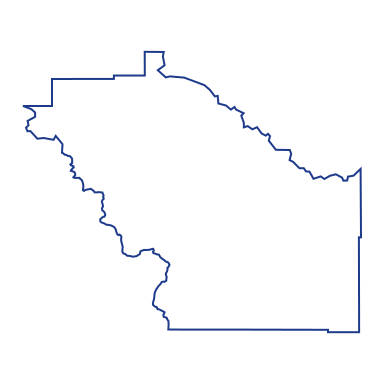 Meagher, Montana, United States of America
{"feature_id": "52423323B38602256292378", "entity_name": "Meagher", "entity_type": "district", "adm_level": 2, "iso_a3": "USA", "parent_name": "United States of America", "parent_adm1": "Montana", "projection": "natural_earth1", "projection_center": [-111.14, 46.636], "detail": "fine", "context": "isolated", "style": "outline", "palette": "blue", "viewbox_px": 384, "rotation_deg": 0, "n_neighbors": 0, "source": "geoboundaries", "source_scale": "gbopen_adm2", "svg_char_len": 2967}
<svg xmlns="http://www.w3.org/2000/svg" viewBox="0 0 384 384"><path d="M359.1,332.2L359.1,320.9L358.9,237.3L361.0,237.3L360.6,168.9L353.5,175.7L348.0,176.6L347.2,180.5L343.4,180.7L342.1,177.6L335.8,174.3L329.9,175.8L324.4,179.0L320.7,176.4L313.5,178.8L309.5,171.7L305.9,171.3L303.8,168.2L299.4,168.2L293.2,161.9L289.6,160.1L291.2,153.8L289.8,150.0L275.9,149.8L268.8,140.7L270.0,136.1L268.0,133.8L265.8,135.6L261.6,133.5L257.1,127.2L252.4,129.3L247.7,126.1L243.9,127.3L243.8,122.7L241.3,115.6L243.6,113.2L236.1,109.6L234.5,107.0L230.9,109.6L226.0,105.5L218.4,103.5L217.7,95.9L214.9,96.4L209.8,89.8L204.5,85.2L184.2,77.6L170.0,76.4L165.8,77.4L157.8,70.2L164.6,65.2L162.9,56.7L163.7,52.0L144.7,51.8L144.8,75.5L113.9,75.5L113.9,78.9L52.0,79.0L52.0,106.0L23.0,106.0L31.4,109.2L35.1,112.5L35.1,116.8L27.6,120.9L28.5,125.3L26.0,127.7L27.5,131.2L30.4,131.1L37.4,138.7L43.6,138.0L53.6,139.8L55.7,135.9L62.5,144.2L62.0,152.8L63.0,153.2L64.8,154.7L65.8,154.8L66.8,155.2L68.0,155.9L70.1,156.2L71.3,157.7L72.0,158.5L72.2,160.1L72.1,162.2L71.9,162.5L71.8,163.0L72.0,163.1L71.7,163.5L71.2,163.9L70.4,164.4L70.8,165.2L71.5,165.5L72.9,166.0L73.6,166.5L73.7,167.5L72.9,168.0L71.8,169.4L71.1,170.0L70.8,170.8L71.6,171.0L73.0,171.5L74.5,172.1L75.1,173.6L75.3,174.9L74.7,175.8L73.6,176.8L73.4,177.4L74.3,177.9L75.3,177.9L77.4,177.9L79.5,177.9L80.3,179.0L81.7,180.0L82.5,181.7L83.2,184.7L83.4,186.7L83.0,189.3L83.0,190.3L84.1,190.9L84.6,190.3L86.7,189.6L88.6,189.3L90.9,188.8L92.0,189.7L93.4,190.6L94.6,192.3L96.8,192.4L98.9,192.1L99.6,192.2L101.2,192.4L102.4,192.5L102.8,193.5L103.0,194.1L103.6,195.4L103.1,197.1L103.6,197.9L103.6,199.0L102.6,199.9L101.8,201.5L102.7,204.5L103.0,206.4L102.0,208.2L102.2,210.2L104.2,211.9L105.2,214.2L105.2,215.3L104.3,216.7L103.2,216.8L100.4,219.0L100.2,221.0L101.1,222.3L104.5,223.5L106.2,224.7L108.0,224.8L111.0,225.4L114.3,227.1L115.9,229.8L116.4,231.9L116.9,233.4L117.6,234.6L118.6,235.1L119.3,234.6L120.9,235.6L121.4,236.9L121.1,239.3L121.2,241.0L121.9,243.7L122.7,246.8L122.5,248.6L122.3,251.5L123.3,253.4L125.2,254.0L127.1,255.7L130.2,256.0L132.7,256.7L136.4,256.2L139.8,254.1L140.5,251.2L144.1,249.9L146.1,250.0L149.3,249.8L152.1,249.0L153.2,248.8L153.8,250.7L153.0,251.7L153.4,253.1L155.9,253.9L156.9,254.4L159.0,254.7L159.7,256.0L160.1,256.9L161.2,258.0L162.5,259.0L164.1,260.0L165.7,261.5L167.5,262.1L168.5,262.8L169.5,264.8L168.5,266.8L167.4,268.0L167.5,269.8L166.9,271.7L165.8,273.5L166.0,275.1L166.7,277.0L166.3,279.1L166.3,280.6L164.6,281.8L163.4,281.6L161.7,282.0L160.6,283.9L158.3,286.3L155.8,290.1L154.6,293.4L154.3,297.1L153.9,299.6L153.1,302.3L152.9,303.5L153.1,305.0L154.0,305.7L155.1,306.7L156.1,306.9L156.9,307.3L157.1,308.0L157.1,308.5L157.7,309.2L158.7,309.2L159.7,309.6L161.9,310.8L163.6,311.7L164.5,312.2L164.4,313.0L163.3,314.9L163.8,316.9L166.6,317.7L167.3,319.5L168.4,320.8L168.6,324.5L168.4,328.6L168.3,329.5L185.2,329.6L236.4,329.6L328.0,329.8L328.0,332.2L359.1,332.2Z" fill="none" stroke="#1e3a8a" stroke-width="2"/></svg>